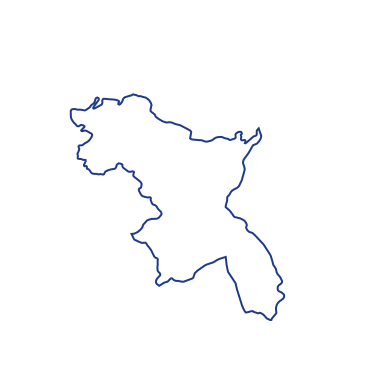 map outline of Ningxia (orthographic projection), rotated 132°
{"feature_id": "CHN-1803", "entity_name": "Ningxia", "entity_type": "Autonomous Region", "adm_level": 1, "iso_a3": "CHN", "parent_name": "China", "parent_adm1": "", "projection": "orthographic", "projection_center": [106.175, 37.314], "detail": "fine", "context": "isolated", "style": "outline", "palette": "blue", "viewbox_px": 384, "rotation_deg": 132, "n_neighbors": 0, "source": "natural_earth", "source_scale": "10m", "svg_char_len": 6097}
<svg xmlns="http://www.w3.org/2000/svg" viewBox="0 0 384 384"><g transform="rotate(132 192 192)"><path d="M233.9,47.4L234.8,48.2L235.0,48.8L235.3,50.0L235.5,50.6L235.9,51.8L235.4,56.6L235.5,58.0L235.9,59.6L236.5,60.9L237.5,61.4L238.1,62.0L239.9,66.2L239.8,66.4L239.8,66.9L240.0,67.3L241.6,68.7L242.9,69.4L245.2,71.0L245.5,71.3L245.5,71.8L245.4,72.5L245.2,73.3L244.2,76.0L242.8,79.0L234.2,93.5L230.7,98.5L230.5,99.1L227.3,111.6L226.1,113.4L223.2,117.3L217.7,123.5L223.6,127.0L226.5,128.1L229.2,128.8L229.8,129.0L236.4,132.7L237.6,133.2L246.7,135.3L250.4,135.6L254.9,133.7L256.0,133.9L263.9,138.0L265.0,138.9L267.3,142.7L268.8,144.5L269.4,145.9L269.6,147.1L269.5,148.9L270.0,149.6L270.8,150.0L274.4,150.1L274.9,150.2L278.0,152.0L283.6,153.6L283.9,156.5L283.6,157.6L282.9,158.7L281.9,159.4L280.9,159.7L279.1,160.0L275.5,159.9L274.8,160.2L274.2,160.8L273.9,161.5L273.8,163.8L273.6,164.6L273.2,165.2L272.2,166.1L271.5,167.1L268.5,169.2L267.4,170.4L265.0,172.3L264.6,173.1L264.8,174.2L265.3,175.2L265.3,176.7L262.5,183.7L261.8,187.2L261.6,189.0L260.9,191.3L260.8,192.3L260.8,192.6L263.5,195.4L264.9,199.4L265.3,201.1L265.8,202.2L265.9,202.8L265.8,203.6L263.6,208.9L262.0,207.4L261.3,206.9L258.1,205.6L254.7,205.1L252.8,205.1L251.1,205.4L249.1,206.3L248.0,206.4L247.0,206.3L243.9,206.4L243.1,206.3L241.4,205.5L239.0,204.0L235.9,200.7L235.3,200.3L234.7,199.9L233.4,199.5L230.2,199.5L229.0,199.8L228.4,200.2L227.7,201.3L227.5,202.6L227.3,205.8L226.4,209.1L226.4,210.1L226.5,210.6L227.3,212.3L227.4,213.1L227.3,213.6L227.2,214.2L225.7,217.2L225.2,217.8L224.2,218.3L223.9,218.9L223.9,219.4L224.3,220.1L225.7,221.2L226.1,221.8L228.1,225.7L228.3,226.9L228.1,228.1L226.6,232.2L226.0,232.9L225.0,233.5L224.6,233.4L223.2,232.9L222.4,233.0L219.9,234.7L219.5,235.1L219.2,236.0L219.0,237.4L219.0,238.8L219.4,245.0L219.3,246.2L218.9,246.8L217.7,247.6L216.4,248.2L216.1,248.4L215.9,248.7L215.9,249.1L216.5,250.1L218.0,251.2L219.0,252.2L219.2,252.5L219.5,253.6L220.0,259.3L219.7,260.6L218.3,262.0L218.3,262.5L218.4,263.2L219.0,264.5L219.6,265.5L220.7,266.0L221.9,266.1L222.7,265.9L224.3,265.0L225.7,264.8L226.3,264.9L226.9,265.3L229.9,267.7L231.1,268.4L233.7,269.7L234.9,270.0L237.6,269.4L237.9,269.4L238.5,269.7L239.8,271.9L241.4,273.2L241.8,273.8L242.4,275.1L243.9,276.7L245.1,278.8L245.0,280.4L244.4,282.5L244.3,283.4L244.3,284.1L244.8,285.1L244.9,285.4L244.8,285.9L243.7,286.9L243.4,287.5L243.5,288.0L243.8,288.3L244.8,289.1L244.8,289.5L244.6,289.9L244.0,290.5L240.7,291.4L239.8,292.0L239.4,292.5L239.7,293.0L240.9,294.3L241.7,296.5L243.2,298.4L243.5,299.0L243.4,299.5L243.0,299.9L241.5,300.9L241.0,301.5L240.4,302.6L240.2,302.8L237.9,303.4L235.7,304.4L235.2,304.8L234.7,306.0L234.3,306.7L233.0,306.9L232.3,306.4L230.8,304.9L230.2,304.7L227.7,304.3L226.4,303.9L225.4,303.4L223.2,303.0L221.2,303.0L218.2,303.5L216.9,304.0L216.2,304.7L215.9,305.4L216.0,306.3L216.5,308.2L217.1,311.0L217.3,311.7L217.9,312.6L218.4,313.0L220.2,314.2L220.4,314.5L220.6,315.1L220.5,315.5L220.3,315.6L216.0,315.5L215.3,315.6L215.0,316.2L215.1,316.6L215.4,317.7L216.3,319.2L216.8,319.5L218.8,320.1L219.4,320.6L219.8,321.2L219.9,322.0L219.5,324.1L219.5,326.1L219.1,328.2L218.4,330.4L217.6,331.8L217.0,332.5L213.1,336.2L212.0,336.6L210.8,336.5L209.4,335.3L208.5,334.3L207.6,332.4L206.9,331.5L205.9,330.6L204.7,328.9L203.5,326.8L202.7,326.0L201.6,325.6L197.8,324.7L194.2,324.9L192.5,324.4L191.5,324.4L190.5,324.5L187.5,325.9L186.8,326.1L186.1,326.1L185.6,325.9L185.1,325.4L184.8,324.4L185.1,323.6L185.7,323.2L186.4,322.9L194.9,322.0L195.5,321.8L195.9,321.4L195.8,320.9L195.1,320.3L187.8,317.7L186.9,317.8L185.9,318.1L184.0,319.9L183.4,320.2L182.5,320.3L181.7,319.9L180.2,318.0L179.1,316.4L175.7,312.1L174.4,310.1L173.9,309.1L173.6,308.1L173.4,307.2L173.6,306.6L175.4,306.1L176.0,305.5L175.8,304.6L174.8,304.1L172.5,304.2L170.9,304.6L168.8,305.5L166.5,305.3L160.5,301.6L159.4,301.4L158.8,301.1L158.2,299.7L157.4,298.6L156.6,296.1L156.3,295.5L155.2,294.4L154.7,293.1L152.8,289.5L152.6,287.8L152.5,286.0L152.6,284.6L153.2,282.5L154.4,280.3L158.5,278.0L159.2,277.3L159.6,276.7L159.6,274.9L159.4,272.6L159.4,271.6L159.5,270.9L159.9,270.3L160.2,269.6L160.3,268.3L160.1,266.3L159.2,261.4L158.0,258.5L157.2,257.2L155.6,255.8L154.5,254.5L154.0,253.6L152.5,249.6L150.3,245.5L147.7,235.4L147.6,234.7L147.8,233.0L148.2,232.5L153.4,229.3L153.4,228.2L152.5,226.5L146.9,219.1L145.6,215.8L144.0,214.1L140.6,211.9L136.5,210.9L135.2,210.4L133.6,209.2L131.3,206.9L131.1,206.6L130.5,204.7L129.9,203.3L128.5,200.9L128.1,198.9L127.6,198.3L124.6,196.5L123.7,196.1L122.6,195.9L121.8,196.4L120.7,197.7L120.1,198.1L119.4,198.4L118.6,198.4L116.6,197.8L115.4,196.9L114.6,195.9L114.5,195.4L114.6,195.1L114.9,194.8L115.1,194.1L115.7,193.9L117.0,193.9L117.4,193.4L117.9,192.4L118.4,192.0L119.4,191.5L120.2,190.8L120.3,190.4L120.3,189.7L119.6,188.8L118.4,188.0L118.0,187.2L118.3,186.4L119.2,185.8L120.3,185.4L120.1,184.9L118.6,184.5L109.8,183.5L107.5,182.3L106.7,182.1L106.1,182.3L102.9,185.0L100.1,185.0L103.9,178.2L105.1,177.3L106.8,176.6L109.4,176.1L112.3,176.1L113.1,176.3L116.3,177.9L117.2,177.8L125.0,176.1L132.9,175.3L134.3,174.9L136.1,173.7L136.9,172.6L138.4,169.8L139.7,168.2L140.8,167.4L149.9,162.9L155.9,161.1L156.7,161.0L158.9,161.3L161.9,162.5L164.2,163.1L165.8,163.1L169.2,162.4L171.8,162.4L172.7,162.1L174.5,160.4L180.0,157.5L180.6,157.0L180.7,156.2L180.6,152.5L180.6,151.6L181.5,146.9L182.0,145.2L182.1,143.9L181.8,142.9L181.0,141.7L179.4,138.6L178.4,135.1L178.3,133.5L178.6,131.7L179.3,130.0L179.7,129.4L180.1,129.0L181.7,128.3L182.3,127.9L182.8,127.0L183.4,125.2L183.4,123.6L183.3,122.5L183.0,121.8L182.3,120.6L182.0,119.5L182.0,116.1L183.1,103.7L186.2,92.2L187.0,90.3L189.9,85.6L191.1,83.9L191.8,82.6L192.0,82.0L192.6,79.3L192.9,78.5L193.5,77.5L195.2,75.1L195.7,73.6L196.3,69.4L197.9,65.5L198.1,65.2L199.0,64.7L200.2,64.5L201.4,64.6L203.1,65.1L204.3,65.0L205.0,64.8L205.9,64.2L207.0,63.1L207.5,62.3L207.6,61.0L206.7,57.9L206.7,56.1L206.7,55.3L206.9,54.8L207.1,54.4L208.3,53.4L209.7,53.0L210.8,53.0L214.7,53.8L216.5,53.9L218.9,53.6L221.6,52.3L222.7,51.4L225.3,48.5L226.1,48.2L232.6,48.0L233.9,47.4Z" fill="none" stroke="#1e3a8a" stroke-width="2"/></g></svg>